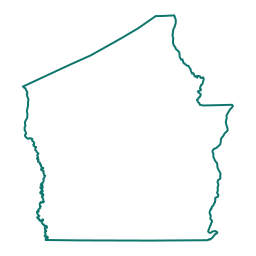 Apuí, Amazonas, Brazil
{"feature_id": "56859067B24093092109347", "entity_name": "Apuí", "entity_type": "district", "adm_level": 2, "iso_a3": "BRA", "parent_name": "Brazil", "parent_adm1": "Amazonas", "projection": "robinson", "projection_center": [-59.713, -7.593], "detail": "fine", "context": "isolated", "style": "outline", "palette": "teal", "viewbox_px": 256, "rotation_deg": 0, "n_neighbors": 0, "source": "geoboundaries", "source_scale": "gbopen_adm2", "svg_char_len": 5719}
<svg xmlns="http://www.w3.org/2000/svg" viewBox="0 0 256 256"><path d="M42.5,194.4L42.4,193.8L42.7,193.7L43.1,194.1L43.3,195.2L43.1,195.5L42.8,196.2L42.2,196.5L41.9,197.0L42.3,197.7L42.8,198.1L43.1,198.7L43.4,200.4L43.8,201.8L42.9,202.4L42.6,202.3L42.3,202.0L42.0,201.9L41.3,202.7L40.9,202.6L40.7,202.4L40.0,203.2L39.7,204.3L39.8,205.1L40.1,205.7L40.3,206.2L40.6,206.4L40.3,206.7L40.0,206.9L40.2,207.9L38.5,209.5L38.1,210.5L38.2,210.8L38.6,211.0L38.6,211.4L37.6,211.7L37.3,211.6L37.0,211.7L37.0,212.0L37.3,212.9L37.3,213.6L37.5,214.0L38.1,214.6L38.6,215.8L39.1,215.8L39.3,215.9L39.2,216.2L38.6,216.7L38.3,217.2L37.3,217.4L37.5,217.9L38.3,218.8L39.3,219.1L39.5,219.4L39.3,219.9L39.4,220.3L40.4,220.9L40.7,221.0L41.2,220.7L41.5,220.7L42.3,219.7L42.7,219.4L43.0,219.5L43.1,219.8L43.0,220.2L42.6,220.9L41.9,221.2L41.6,221.4L41.5,221.9L41.9,222.8L42.8,224.2L43.8,224.5L44.0,225.4L44.7,225.5L45.3,226.8L45.6,226.9L45.6,226.4L45.8,226.0L46.1,225.9L46.4,226.0L46.9,226.8L46.9,227.6L46.5,227.6L45.8,227.8L45.5,227.8L45.3,227.5L45.1,227.6L44.9,227.8L44.8,228.7L44.9,229.1L45.2,229.7L45.3,230.4L45.5,230.2L45.8,230.2L46.0,230.4L46.2,230.8L46.1,231.2L45.8,231.3L45.3,231.0L45.3,231.8L45.0,232.2L45.2,232.5L45.3,233.3L45.6,234.2L45.5,234.9L44.9,235.4L44.7,235.8L45.2,236.6L46.2,236.6L46.7,236.9L47.2,236.6L47.5,236.8L47.8,237.3L47.7,238.0L47.4,238.5L47.1,238.6L46.0,238.2L45.8,238.5L45.7,239.4L45.8,240.0L80.2,240.4L151.7,240.6L207.7,240.2L208.7,239.4L209.4,239.2L209.9,239.6L212.2,237.9L214.9,234.5L215.4,234.0L216.8,233.4L217.3,232.8L217.1,232.1L215.2,231.1L213.2,231.3L212.6,231.5L212.0,231.8L210.9,232.7L210.2,232.9L209.0,232.4L208.5,232.0L208.2,231.3L208.3,230.6L209.2,228.6L210.1,225.8L210.9,224.6L211.1,223.2L211.4,222.5L212.0,222.0L212.1,221.2L211.8,220.5L211.3,219.8L210.8,219.5L210.4,218.9L210.4,217.8L210.7,216.9L210.8,215.9L210.6,215.0L210.0,214.6L209.6,212.6L209.8,211.4L210.9,209.0L211.2,209.1L211.5,208.7L211.7,207.2L213.4,205.3L214.4,203.0L215.0,202.4L214.9,201.4L215.4,200.2L215.1,198.7L215.3,198.0L215.8,197.6L217.3,197.0L217.9,196.6L218.2,195.9L218.3,195.2L218.1,194.4L217.3,193.2L217.1,192.5L217.4,191.8L217.7,191.2L217.7,189.7L217.8,189.0L217.6,187.5L217.8,186.7L218.4,185.3L218.0,183.1L217.6,182.5L217.6,181.7L218.0,180.3L220.2,178.6L220.5,177.8L220.1,176.2L220.1,175.6L220.4,174.9L220.6,174.1L220.4,173.3L217.7,168.2L217.4,166.8L217.4,165.2L216.9,163.0L215.0,160.7L214.2,158.6L213.5,157.3L213.3,156.5L213.4,154.0L213.3,153.3L212.6,152.1L212.5,151.4L212.7,150.6L213.1,149.8L213.6,149.3L214.2,148.8L216.1,148.1L216.7,147.7L220.0,144.6L220.3,144.0L220.7,142.5L220.9,139.4L221.1,138.6L221.5,138.0L223.4,135.8L224.4,133.7L226.5,131.6L227.1,131.2L227.5,130.6L227.6,129.9L227.5,128.4L226.8,126.2L226.3,124.8L226.0,123.3L225.8,121.6L226.6,118.8L226.7,117.9L226.5,116.3L226.6,115.5L227.7,113.3L229.9,109.6L232.1,107.3L232.9,106.0L232.0,104.8L203.1,105.5L199.8,104.7L199.3,103.3L198.9,102.8L198.3,102.4L197.9,101.8L197.2,100.4L197.1,99.6L197.8,99.3L198.3,98.8L198.5,97.9L199.1,97.3L199.7,97.1L200.7,95.0L200.6,94.1L200.0,93.5L199.3,93.2L198.2,92.0L197.9,91.4L198.6,91.0L200.8,90.2L201.0,89.5L200.0,88.3L200.2,87.4L201.1,85.0L201.7,84.8L202.6,83.5L203.7,79.2L203.4,77.7L202.6,77.4L202.0,77.9L201.3,78.0L200.5,77.7L200.3,76.9L199.7,76.2L199.0,76.3L198.2,75.9L197.6,76.0L197.0,77.5L196.4,77.1L196.3,76.2L195.6,76.5L194.8,76.4L194.4,75.8L193.6,73.4L192.9,73.2L192.2,73.6L190.8,70.9L190.7,69.3L189.8,68.2L188.8,66.3L188.3,65.8L186.9,65.6L186.2,65.1L185.3,64.1L184.1,63.5L183.8,62.8L183.2,62.4L183.0,60.9L182.6,60.3L182.5,59.6L181.9,59.6L181.2,59.7L181.0,59.0L180.5,58.5L179.8,57.3L179.6,56.5L179.5,53.6L179.1,52.1L177.6,50.5L175.9,49.1L175.5,47.7L174.7,46.5L173.8,45.5L173.0,42.7L173.0,39.8L173.2,39.1L173.3,38.3L172.6,36.3L172.7,35.4L172.5,34.7L172.8,34.1L172.8,32.6L173.1,32.0L173.1,30.4L173.4,29.7L173.5,29.0L174.1,27.7L174.6,27.1L174.9,25.6L175.6,23.7L175.6,22.9L175.8,22.2L175.8,20.7L175.6,19.2L174.6,17.2L174.8,16.5L174.1,15.4L162.2,16.0L155.7,16.1L138.1,28.3L121.2,38.3L90.7,55.4L69.7,64.8L23.1,86.5L23.8,87.4L24.3,87.8L25.4,88.3L26.1,90.1L27.0,91.6L27.4,93.4L26.8,94.1L27.1,95.0L27.2,96.3L28.3,98.8L28.4,99.9L28.3,100.9L28.0,101.8L28.0,105.7L26.9,110.9L26.9,111.7L27.2,112.6L27.4,113.9L27.3,115.2L27.3,117.2L27.2,117.7L25.1,121.7L24.9,122.5L25.0,123.9L25.5,125.5L24.6,127.3L24.7,129.4L24.6,130.1L25.2,130.8L26.0,133.3L25.8,134.2L25.0,134.9L25.0,135.9L25.9,137.2L27.5,138.4L28.2,138.8L28.9,138.7L29.5,138.2L30.5,138.4L31.4,138.4L32.2,138.9L32.2,139.2L32.0,140.2L32.1,140.5L33.5,141.8L34.2,143.2L34.0,144.4L33.8,144.6L33.5,144.5L33.3,144.7L33.8,146.0L34.1,146.4L36.0,147.1L36.0,147.4L35.5,148.1L35.2,149.4L35.3,150.1L36.3,150.9L36.7,151.8L38.3,153.5L38.4,153.8L38.2,154.1L37.5,154.7L37.3,155.5L37.4,155.9L37.6,156.1L37.6,156.7L37.5,157.2L38.0,157.3L38.1,157.6L37.5,158.0L37.0,158.7L37.4,159.2L38.2,159.2L38.5,159.8L38.5,160.3L38.4,160.6L38.0,161.0L38.0,161.4L38.1,161.7L39.9,162.8L39.8,163.3L40.0,164.1L41.0,164.8L41.0,165.1L40.8,165.7L40.8,166.0L41.4,166.6L41.6,167.2L42.1,167.6L43.2,168.0L43.1,168.4L42.7,168.5L41.3,168.7L41.1,169.4L41.2,169.8L41.6,170.2L42.3,170.6L43.1,170.7L43.6,171.1L43.4,171.9L43.6,172.5L43.5,173.3L44.0,174.0L44.3,175.5L45.1,175.8L45.0,176.1L44.6,176.5L44.1,178.2L43.4,178.7L43.7,180.6L43.4,181.2L43.3,182.0L42.3,183.4L41.9,183.2L41.6,183.3L40.9,184.4L40.8,184.7L41.4,185.8L41.5,185.5L41.6,184.6L41.9,184.6L42.3,185.0L42.4,185.4L42.6,186.8L42.5,187.7L42.6,188.1L42.2,188.6L41.9,188.7L40.8,187.6L40.5,187.5L40.5,187.9L41.5,189.2L42.1,190.4L42.7,190.7L42.7,191.0L42.2,191.6L41.9,191.7L41.3,191.2L40.3,192.4L40.4,193.1L40.8,193.4L41.5,193.5L42.0,193.9L42.1,194.3L42.5,194.4ZM42.5,194.4L42.0,195.2L42.2,195.4L42.6,195.2L42.7,194.8L42.5,194.4Z" fill="none" stroke="#0f766e" stroke-width="2"/></svg>